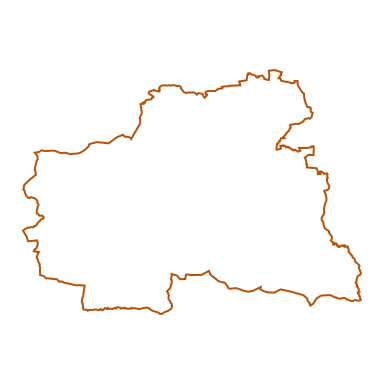 outline of Cahir Lea-4, South Tipperary, Ireland
{"feature_id": "5873133B92286849050160", "entity_name": "Cahir Lea-4", "entity_type": "district", "adm_level": 2, "iso_a3": "IRL", "parent_name": "Ireland", "parent_adm1": "South Tipperary", "projection": "equal_earth", "projection_center": [-7.943, 52.328], "detail": "fine", "context": "isolated", "style": "outline", "palette": "amber", "viewbox_px": 384, "rotation_deg": 0, "n_neighbors": 0, "source": "geoboundaries", "source_scale": "gbopen_adm2", "svg_char_len": 5914}
<svg xmlns="http://www.w3.org/2000/svg" viewBox="0 0 384 384"><path d="M34.9,152.7L37.3,155.9L37.8,159.3L36.7,160.8L35.0,167.7L34.8,170.2L35.7,172.3L35.9,174.7L29.5,179.9L24.6,184.6L23.9,185.9L23.8,188.6L23.2,189.4L24.7,191.0L24.9,192.7L26.3,196.0L27.6,196.9L27.9,197.6L29.3,198.1L30.7,197.2L34.6,198.2L37.3,200.6L37.4,203.0L38.4,204.0L38.5,205.1L37.5,206.9L37.4,208.8L37.0,209.5L36.7,212.3L37.0,213.5L37.9,213.7L39.3,215.7L42.1,215.6L43.4,216.7L43.8,218.0L41.1,219.5L37.3,223.3L36.6,225.1L34.8,226.2L34.3,226.1L34.0,226.8L32.6,227.3L31.4,227.1L29.4,227.7L28.1,227.5L25.1,228.9L23.0,230.6L26.6,236.5L28.1,241.3L37.0,240.4L37.9,243.8L37.6,245.0L36.5,248.0L34.2,249.9L33.7,251.3L38.9,252.1L37.5,254.7L36.6,257.6L37.9,259.5L38.3,261.8L39.8,264.3L39.4,264.9L39.8,266.8L40.2,267.2L39.9,269.8L40.2,275.1L43.2,275.8L46.4,278.5L47.5,278.3L57.3,279.4L58.5,281.2L59.9,281.9L60.6,281.3L61.8,281.5L64.0,282.6L76.5,285.4L79.2,285.1L84.6,285.6L83.2,295.9L82.3,298.2L81.8,301.4L82.2,303.1L82.7,303.5L82.6,305.2L83.2,306.1L82.9,308.2L83.6,309.6L87.1,309.8L87.7,310.0L87.9,310.7L90.0,309.8L92.6,310.1L94.9,309.4L99.6,310.2L100.1,309.2L100.6,309.0L102.7,310.3L105.0,308.0L106.6,309.1L107.2,309.1L107.6,307.9L108.9,308.9L111.0,308.7L112.4,309.1L113.3,308.3L114.4,308.0L115.8,308.7L116.4,307.6L117.1,307.2L120.1,307.6L121.0,308.6L123.0,308.0L124.8,308.6L124.0,307.8L124.4,307.7L125.3,307.9L126.0,308.6L130.4,308.7L130.9,308.6L131.4,307.8L132.6,308.5L134.4,308.1L139.0,309.1L144.5,307.8L147.5,307.7L149.2,308.3L150.2,309.4L152.9,311.0L158.1,312.4L159.9,313.9L162.4,313.8L164.0,312.4L168.4,310.7L171.0,308.7L172.0,307.0L172.1,305.9L171.7,305.6L171.9,304.1L170.7,303.0L169.9,300.8L168.6,299.4L168.4,297.9L168.9,295.2L168.1,293.7L168.0,292.8L166.9,291.4L169.9,288.5L170.9,285.8L170.9,284.6L171.6,283.6L171.8,280.4L171.5,280.4L170.9,279.0L171.8,275.4L171.6,274.1L176.9,275.5L180.0,279.2L185.2,279.0L186.0,274.7L188.4,274.5L190.6,275.1L201.4,274.9L209.0,270.9L210.2,274.2L213.4,277.2L216.5,279.4L218.2,281.1L224.9,282.9L227.1,285.6L228.0,287.6L229.5,288.8L235.2,288.2L237.2,288.4L244.5,291.0L248.4,291.7L252.8,290.9L260.7,287.0L260.3,289.3L263.6,291.2L267.9,292.4L274.4,292.6L280.4,289.4L291.2,291.7L303.4,295.2L307.3,298.7L307.7,300.9L309.8,303.3L309.6,303.9L310.3,305.6L313.1,303.8L316.6,298.5L320.7,295.8L322.1,295.5L330.2,295.1L333.7,296.6L334.3,297.4L335.9,297.3L337.0,298.1L340.0,298.7L344.3,297.8L345.9,298.6L346.6,299.5L347.4,299.4L351.3,301.1L352.7,301.0L354.8,300.1L358.5,300.7L360.9,299.9L360.2,298.6L359.9,296.8L359.2,296.1L359.5,295.5L358.1,293.8L358.2,293.2L359.3,292.2L358.2,291.9L358.6,291.4L358.8,289.0L357.9,287.9L358.0,287.2L356.7,286.5L356.7,285.6L357.0,285.4L356.9,284.3L355.6,282.8L356.7,281.1L356.5,280.6L357.0,277.8L357.7,276.3L358.3,275.6L360.2,274.8L361.0,273.1L358.9,268.0L359.5,265.8L358.7,264.6L355.2,261.6L354.8,259.4L354.1,258.5L352.9,257.8L352.1,255.6L351.2,255.1L350.7,254.0L348.6,251.8L348.7,249.1L347.7,247.5L347.8,246.5L345.1,246.8L345.0,246.1L344.2,246.4L343.1,246.0L343.6,245.4L340.7,245.7L340.1,246.0L339.9,246.8L339.2,247.1L337.4,246.3L337.8,245.3L336.5,244.5L336.4,243.5L335.5,243.7L334.2,244.8L333.3,244.6L332.9,244.0L333.8,242.7L333.0,242.6L330.8,240.6L332.1,238.2L331.7,236.3L329.0,232.7L329.2,231.7L328.6,230.7L326.1,229.4L324.5,227.7L323.4,224.5L323.4,222.2L321.7,220.3L321.7,217.7L324.3,213.3L323.9,209.6L324.1,207.9L325.5,202.4L326.4,200.0L326.4,197.9L325.6,195.5L326.0,194.6L324.1,191.2L324.6,190.6L326.8,190.3L327.8,189.7L328.9,188.6L329.4,186.4L327.6,183.0L327.0,181.1L326.9,178.9L327.6,178.1L327.3,178.0L327.2,174.6L327.6,174.3L326.8,173.3L324.2,173.9L321.8,171.6L320.1,171.5L320.0,172.0L320.8,172.2L320.4,173.4L320.6,173.9L317.8,174.2L317.7,173.5L318.5,172.8L316.4,168.2L306.7,167.4L307.1,164.4L306.3,164.1L306.3,161.1L304.8,157.6L306.1,156.9L308.1,154.9L313.5,155.1L313.8,148.1L313.5,146.2L311.6,146.4L311.6,147.2L305.9,148.1L299.0,147.9L300.4,150.7L298.2,151.7L295.1,149.7L293.8,150.4L293.4,149.9L292.5,150.1L291.4,148.7L288.3,147.5L288.3,146.9L286.1,147.3L285.8,146.2L283.2,146.1L283.3,145.4L280.3,146.0L281.0,148.5L280.7,148.8L276.6,149.7L276.4,147.9L277.1,143.8L278.3,143.7L278.8,141.4L279.9,141.4L280.8,138.4L284.6,138.2L283.4,136.8L285.0,135.4L286.8,132.8L289.4,130.1L289.7,128.3L290.8,127.8L290.0,125.0L295.8,123.7L298.8,124.1L300.3,123.0L302.6,122.0L305.0,119.1L308.3,118.2L309.7,118.8L311.6,117.1L312.7,112.7L311.3,112.1L310.8,111.4L310.6,109.5L311.0,108.5L309.9,107.6L309.6,107.0L307.4,107.1L305.3,102.2L304.2,97.6L304.0,93.8L301.8,91.7L298.4,86.3L297.5,83.7L297.6,81.1L294.6,81.0L294.4,82.9L290.9,83.3L290.3,82.6L281.5,80.9L280.8,80.0L280.6,78.6L278.6,78.3L281.1,75.0L280.6,74.8L281.8,72.3L274.7,70.1L268.8,70.8L269.4,75.7L268.7,80.1L264.3,79.0L264.3,77.9L262.4,75.6L258.5,76.1L258.7,77.3L256.5,77.5L255.5,75.7L250.5,74.1L249.9,73.2L248.0,73.5L248.2,74.7L247.4,74.9L246.6,80.3L239.1,81.5L240.3,85.3L229.2,85.8L229.2,86.2L223.0,86.6L222.1,86.8L222.5,87.4L222.4,88.3L218.0,88.9L215.4,91.0L208.1,90.9L205.7,92.0L205.3,92.6L205.8,94.2L207.1,94.4L207.0,95.0L206.2,96.2L204.4,97.7L203.2,95.6L202.9,94.3L201.6,93.6L198.6,93.2L198.0,93.3L196.9,94.6L195.2,93.1L193.5,92.4L188.2,92.5L186.7,93.1L184.1,92.3L181.6,89.2L181.4,88.2L180.9,88.2L180.9,87.4L180.3,86.3L178.8,85.7L176.3,86.0L175.0,85.3L173.0,85.2L169.8,85.6L169.0,85.2L168.2,85.5L162.0,85.4L159.7,86.8L159.1,89.7L159.8,89.9L159.4,91.4L157.3,91.4L154.1,90.0L154.0,90.5L152.1,90.5L149.0,91.9L148.7,93.2L149.2,94.0L152.9,96.1L153.5,97.3L152.0,97.7L151.4,99.3L147.0,99.9L145.4,100.7L145.1,102.4L144.1,102.3L142.6,102.7L142.7,103.6L144.7,103.7L140.5,104.1L141.8,112.1L141.5,114.3L140.4,116.2L139.6,118.5L140.3,119.8L140.1,123.6L131.2,138.9L130.9,138.1L129.2,137.2L124.8,136.6L122.9,134.8L116.7,137.3L108.6,143.3L96.8,142.1L89.4,144.1L88.6,146.4L85.0,149.8L79.9,153.0L76.6,153.6L70.2,154.0L64.9,152.7L60.7,153.1L55.1,150.9L52.7,150.6L44.8,151.1L41.6,150.3L39.2,151.9L34.9,152.7Z" fill="none" stroke="#b45309" stroke-width="2"/></svg>